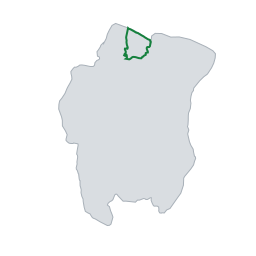 Coronie on a map of Suriname (Equal Earth projection), rotated 12°
{"feature_id": "SUR-71", "entity_name": "Coronie", "entity_type": "District", "adm_level": 1, "iso_a3": "SUR", "parent_name": "Suriname", "parent_adm1": "", "projection": "equal_earth", "projection_center": [-56.304, 5.634], "detail": "fine", "context": "in_parent", "style": "outline", "palette": "green", "viewbox_px": 256, "rotation_deg": 12, "n_neighbors": 0, "source": "natural_earth", "source_scale": "10m", "svg_char_len": 3514}
<svg xmlns="http://www.w3.org/2000/svg" viewBox="0 0 256 256"><g transform="rotate(12 128 128)"><path d="M194.5,58.7L191.5,62.1L188.3,66.9L184.0,75.3L184.2,77.9L183.2,80.0L183.0,83.8L183.3,88.0L184.4,90.7L184.9,96.0L184.1,100.7L184.4,103.4L185.3,107.8L186.0,112.4L185.9,114.3L187.0,115.8L187.9,117.3L187.6,121.4L191.0,128.7L193.1,131.9L196.1,135.1L197.2,138.1L198.9,141.8L199.9,142.2L200.5,143.7L200.0,146.6L199.8,150.5L197.9,155.1L193.5,163.5L192.9,165.4L194.1,172.4L193.5,178.1L193.2,180.8L191.0,185.8L185.8,198.0L182.9,200.1L181.1,203.6L179.9,203.7L178.6,204.0L178.2,204.4L176.6,204.4L175.3,202.8L175.1,201.0L174.4,198.9L172.8,198.3L169.8,199.0L168.9,198.5L167.1,196.2L165.6,193.8L165.3,191.4L164.3,191.6L162.0,193.8L160.4,194.2L159.2,193.7L157.8,193.8L154.3,196.1L152.2,196.6L150.7,199.0L141.0,200.0L138.4,200.6L132.6,196.6L131.1,195.3L130.3,195.1L129.7,195.3L129.0,196.2L128.1,201.3L127.2,202.6L125.7,203.7L124.2,205.7L123.9,207.7L126.2,208.8L128.1,212.5L130.2,215.6L131.8,218.3L131.6,221.3L131.3,225.6L130.1,227.0L128.1,227.7L120.7,225.7L115.0,223.8L112.6,223.4L111.6,222.9L110.1,221.4L108.7,219.9L106.4,219.4L103.6,218.4L101.6,214.6L99.5,209.3L98.8,206.8L97.1,204.5L95.5,201.1L95.1,198.2L93.8,195.5L93.2,194.6L92.3,190.9L92.1,189.5L91.6,189.3L90.9,188.1L89.6,184.2L89.3,183.2L88.8,182.9L87.3,180.1L86.1,179.1L85.6,177.7L85.7,173.8L85.1,171.9L84.9,168.3L84.8,166.8L84.2,165.2L83.2,164.2L83.0,161.5L82.8,155.1L82.3,153.9L77.9,154.0L77.5,154.6L75.6,155.0L73.5,155.1L71.6,154.2L70.0,153.1L69.7,151.7L69.9,147.2L67.4,143.8L63.4,139.6L62.2,134.2L60.7,130.9L56.3,123.9L55.5,119.1L55.5,115.7L57.1,112.6L59.2,107.2L60.1,102.2L60.8,99.6L61.9,96.3L63.0,91.9L62.2,89.2L60.9,86.5L60.4,84.6L61.7,81.7L63.0,79.6L64.5,79.4L66.3,78.1L67.8,76.4L70.0,75.9L72.8,75.7L78.4,75.7L81.3,75.0L82.2,73.6L82.1,70.9L83.5,68.4L85.0,67.4L85.7,66.6L85.7,65.7L85.3,64.8L84.7,64.3L83.2,64.1L81.8,59.8L82.7,58.0L84.0,54.6L84.3,52.6L86.2,49.6L86.6,50.5L88.1,45.0L88.3,40.6L89.4,36.1L91.1,30.9L94.2,28.3L112.2,30.9L120.4,33.4L130.9,37.8L132.4,42.4L132.5,37.8L132.0,33.1L134.9,29.8L141.3,28.6L150.9,30.2L159.1,28.3L170.3,28.5L187.3,32.3L195.0,34.8L198.1,37.2L198.7,41.4L198.4,46.7L197.2,51.8L194.5,58.7Z" fill="#d9dde1" stroke="#a8b0b8" stroke-width="1"/><path d="M107.3,30.3L107.6,30.5L108.3,30.8L110.0,31.0L113.9,32.2L116.1,33.0L118.0,33.1L119.6,33.7L120.8,34.1L121.9,34.5L124.3,35.2L125.8,35.9L126.7,36.2L127.4,36.4L128.8,37.0L131.1,37.3L131.7,38.3L132.2,38.7L132.4,39.3L132.4,43.5L131.9,44.4L131.3,44.6L130.4,44.7L130.1,44.8L129.9,45.0L129.8,45.3L129.7,45.6L129.7,45.9L129.8,46.3L129.9,46.6L130.2,47.2L131.1,48.6L131.3,48.7L131.5,49.1L131.7,50.0L130.3,50.6L129.8,51.0L129.8,51.3L129.8,51.5L130.1,52.3L130.1,52.8L129.9,53.0L129.5,53.2L128.6,53.9L128.4,54.2L128.1,54.9L127.9,55.1L127.3,55.3L126.6,57.0L126.3,57.1L124.1,57.4L120.6,57.1L118.6,57.3L117.8,57.6L117.3,58.0L116.7,58.9L115.9,59.8L115.5,60.2L114.9,60.6L111.5,60.7L111.9,60.2L112.2,59.9L112.3,59.5L112.3,59.1L112.1,58.6L111.9,57.8L111.7,57.3L111.4,56.8L111.2,56.6L110.8,56.8L110.7,57.1L110.6,57.8L110.5,58.0L110.3,58.1L109.9,58.0L109.4,57.8L109.1,57.7L109.2,57.2L109.3,56.9L109.3,56.3L109.5,56.0L109.7,55.8L109.9,55.5L110.0,55.0L110.1,54.3L110.0,53.9L109.8,53.5L108.6,51.8L108.5,51.4L108.5,51.1L109.0,51.1L109.4,50.8L109.6,50.6L109.8,50.4L110.0,50.3L110.7,50.7L110.8,50.7L111.0,50.5L111.0,49.9L111.0,49.4L110.9,49.1L109.6,46.9L108.7,44.5L108.6,44.0L108.5,42.9L108.4,42.5L108.0,41.6L107.4,40.0L107.3,38.8L107.3,30.8L107.3,30.3Z" fill="none" stroke="#15803d" stroke-width="2"/></g></svg>